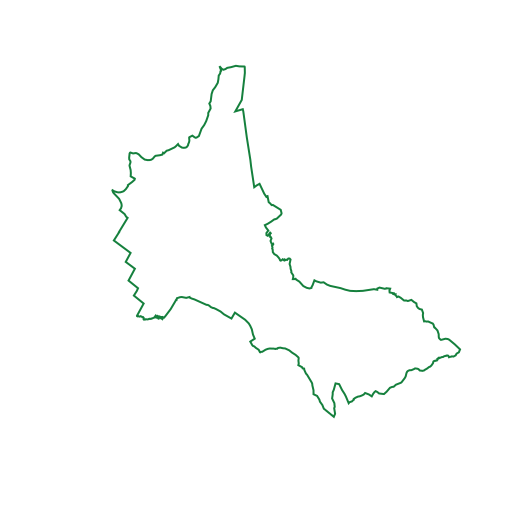 Tibucani, Neamt, Romania, rotated 241°
{"feature_id": "2599482B37901869197091", "entity_name": "Tibucani", "entity_type": "district", "adm_level": 2, "iso_a3": "ROU", "parent_name": "Romania", "parent_adm1": "Neamt", "projection": "equal_earth", "projection_center": [26.549, 47.112], "detail": "fine", "context": "isolated", "style": "outline", "palette": "green", "viewbox_px": 512, "rotation_deg": 241, "n_neighbors": 0, "source": "geoboundaries", "source_scale": "gbopen_adm2", "svg_char_len": 6063}
<svg xmlns="http://www.w3.org/2000/svg" viewBox="0 0 512 512"><g transform="rotate(241 256 256)"><path d="M364.3,305.5L388.4,314.9L390.8,315.6L392.5,308.0L399.4,319.2L418.5,332.9L421.5,335.0L426.8,337.8L427.3,337.8L429.9,333.4L432.1,330.6L433.3,325.6L434.5,322.1L434.3,319.9L434.7,317.8L436.3,316.8L439.7,316.1L435.3,315.5L434.9,314.7L434.6,314.8L434.2,314.1L433.0,313.1L431.9,310.9L428.8,308.8L426.0,306.5L423.4,302.1L421.9,298.6L419.2,295.7L413.3,291.4L412.0,289.1L409.3,288.8L407.0,287.8L404.3,283.6L402.3,282.5L398.1,277.8L395.6,274.1L393.8,270.2L388.6,264.2L388.4,261.5L388.6,260.6L389.5,259.9L392.1,258.7L392.2,255.3L391.9,254.9L389.1,253.6L387.8,252.4L386.6,250.8L386.0,250.5L385.1,248.9L384.9,247.9L384.9,247.1L385.6,245.3L386.7,243.8L389.7,242.1L391.7,242.1L390.8,239.1L390.5,237.4L390.9,230.9L391.4,228.9L390.4,225.3L391.4,224.8L390.1,223.2L390.7,220.9L392.3,216.8L392.2,215.7L391.1,212.8L391.0,211.1L391.4,209.6L392.4,207.7L394.3,205.4L398.0,203.7L401.8,202.7L403.8,201.4L404.4,200.6L405.3,198.2L407.4,196.3L407.4,195.9L407.0,195.2L403.6,192.8L402.0,192.0L399.7,192.1L398.6,191.5L396.7,189.4L396.1,189.1L391.9,188.0L389.3,186.8L386.4,185.0L382.4,187.5L381.5,186.7L380.8,183.6L380.1,178.3L379.2,177.9L377.6,174.6L376.9,172.0L376.9,170.7L377.5,168.1L378.4,166.4L379.2,165.4L381.3,163.4L383.1,162.4L383.0,162.2L381.0,161.9L380.0,162.0L372.4,164.0L367.8,163.8L366.5,163.5L364.9,162.8L363.2,161.1L362.2,159.0L356.4,161.4L353.2,161.5L351.6,162.2L343.4,147.8L343.2,147.9L342.3,146.2L338.5,139.2L319.5,147.8L314.0,139.2L303.6,143.9L296.3,132.6L285.0,137.2L283.2,134.8L280.6,130.0L268.9,134.7L261.4,122.9L261.1,122.8L260.6,123.1L260.3,124.1L260.0,124.2L259.3,125.0L259.3,125.9L258.1,126.8L257.5,126.9L257.3,127.6L256.3,127.8L255.8,127.6L255.1,127.0L254.7,127.1L254.1,128.3L254.2,128.8L253.0,130.6L252.8,132.3L252.3,132.7L252.2,133.4L251.9,133.7L252.0,134.3L251.7,134.9L251.6,136.7L251.3,137.5L251.9,138.0L252.5,139.4L251.7,139.5L250.5,139.0L250.0,139.4L249.9,139.7L250.4,139.7L251.3,140.6L251.4,140.8L251.0,141.1L250.2,141.0L249.2,140.2L248.5,140.3L248.4,140.6L249.8,141.8L249.9,142.3L249.0,143.0L248.1,142.5L247.6,142.7L248.4,143.4L248.4,143.9L248.0,144.7L247.7,144.7L247.1,144.1L246.5,144.0L247.1,145.1L247.0,145.6L246.7,145.8L247.4,147.7L250.9,155.6L256.0,164.3L256.5,164.7L257.1,164.6L256.2,165.3L257.4,166.4L256.8,169.6L256.1,171.2L253.2,174.7L252.4,177.8L252.1,177.6L250.0,179.1L247.9,181.1L237.3,189.0L236.6,190.1L235.4,190.9L233.1,191.8L231.3,193.2L231.0,193.8L229.0,195.3L224.6,198.1L220.5,199.7L213.2,204.2L216.7,210.1L205.5,215.6L200.5,217.0L197.8,217.1L193.9,216.8L188.8,215.3L184.3,214.8L183.9,209.5L179.8,209.5L178.9,209.7L177.7,210.7L175.8,211.3L172.7,212.9L169.9,212.8L169.7,213.0L169.9,213.5L169.2,215.0L169.4,218.9L169.1,221.1L168.5,223.0L166.4,226.6L165.2,228.0L165.2,228.7L164.6,229.5L164.9,230.7L164.1,232.8L162.2,234.9L161.0,236.7L157.4,239.3L154.0,240.7L150.3,242.7L146.9,243.9L146.1,243.9L143.8,242.3L141.3,241.3L140.0,240.1L136.4,242.4L135.1,242.3L134.2,243.5L132.8,243.0L128.9,242.7L127.4,243.1L118.2,243.4L116.9,243.2L115.6,242.6L110.7,241.2L107.2,239.3L104.0,241.6L99.7,241.8L97.6,241.3L93.5,241.8L89.6,241.3L77.6,246.1L79.7,248.7L85.0,250.6L85.9,251.7L89.3,253.2L94.5,253.5L97.8,256.0L99.6,257.0L101.3,259.2L106.0,263.8L103.6,266.6L97.1,266.3L92.6,266.6L89.5,266.5L82.3,265.7L82.8,266.9L82.3,269.4L82.8,271.0L82.9,271.9L83.6,272.2L83.8,274.4L83.6,277.0L83.0,278.7L82.7,280.7L82.6,283.0L83.3,285.0L80.2,287.6L77.1,289.2L78.7,291.7L79.6,293.8L79.8,295.1L78.2,296.2L76.1,297.0L73.2,301.0L74.0,304.5L75.8,309.3L75.5,311.6L74.9,313.0L75.6,316.0L74.9,321.2L75.0,322.1L77.1,326.9L78.1,328.5L80.7,330.9L81.6,332.2L81.8,333.1L81.7,334.8L80.8,336.6L80.5,339.5L80.6,340.4L80.4,340.9L79.0,342.7L78.2,343.3L76.5,343.7L74.8,346.0L74.4,347.7L74.6,348.6L74.6,350.9L75.0,353.6L74.8,354.7L75.2,356.3L76.4,358.8L77.7,360.0L77.8,361.0L77.3,362.1L77.5,362.3L76.9,363.5L77.3,364.5L77.6,364.8L78.0,364.7L78.1,365.4L78.4,366.1L78.4,366.6L77.8,366.6L77.5,369.5L77.0,370.6L77.1,371.8L76.8,373.3L76.5,373.7L76.6,374.3L76.0,375.5L75.5,375.8L73.9,375.7L73.8,376.6L73.3,378.0L73.3,378.6L72.3,380.0L72.3,382.5L73.1,383.6L73.4,384.5L73.4,386.7L75.4,389.2L82.4,387.0L89.1,384.4L90.4,383.5L91.8,381.6L92.8,377.6L93.2,376.9L94.8,376.4L95.6,376.3L96.6,376.6L99.1,377.9L102.9,378.6L106.7,377.7L106.8,377.4L107.3,377.3L109.9,378.0L111.4,377.8L111.9,377.3L115.3,374.8L115.9,373.4L116.8,372.5L117.3,371.3L121.5,372.4L123.5,373.3L125.1,374.5L128.7,375.1L130.4,373.3L132.2,372.5L134.2,372.3L136.8,373.3L139.1,371.9L142.3,370.6L143.0,367.0L144.5,365.6L144.6,365.0L145.3,363.9L149.3,362.3L151.5,361.0L151.7,359.4L152.5,359.5L153.8,359.0L154.8,359.5L154.9,358.8L155.8,358.0L155.9,358.6L156.4,358.7L159.3,355.2L161.0,355.9L162.4,357.5L164.6,354.4L164.4,354.1L164.9,352.7L168.5,348.7L168.7,346.3L167.7,345.7L169.8,343.1L173.7,332.6L176.7,326.6L179.9,321.4L183.3,317.7L186.9,314.4L193.9,306.4L196.6,304.2L200.2,302.4L201.3,299.7L204.7,296.4L206.4,295.3L202.9,291.2L202.1,289.8L201.2,289.0L201.7,287.0L203.6,284.9L206.8,282.8L212.6,281.5L215.9,279.7L216.9,279.6L217.2,278.3L217.9,277.0L219.5,278.4L221.0,279.2L224.6,278.9L225.6,279.6L228.1,280.1L229.8,280.9L232.7,281.5L236.2,284.5L237.4,284.2L237.9,283.6L238.1,283.0L237.5,281.4L237.9,281.1L238.0,280.3L238.3,280.1L238.2,279.1L239.1,279.1L238.9,278.3L240.2,277.8L239.8,276.1L240.1,275.7L240.1,275.2L240.5,275.0L242.2,275.2L244.2,274.9L246.3,274.4L248.8,272.9L251.2,272.6L253.8,273.8L254.6,273.7L255.5,274.6L257.2,274.9L257.5,276.1L258.0,276.9L258.5,276.9L258.4,276.2L259.0,275.6L262.1,276.0L263.9,278.1L265.3,278.1L265.4,277.7L265.7,277.6L266.1,277.9L266.9,277.9L268.0,278.4L268.5,279.2L268.7,279.9L269.0,279.9L269.6,279.7L267.9,276.1L269.2,275.3L271.0,276.2L272.3,279.1L276.2,278.5L278.7,278.7L278.5,281.7L278.7,285.9L279.2,289.9L278.9,290.3L278.6,292.3L280.1,298.1L281.0,299.1L284.4,300.0L292.5,295.5L292.8,294.5L293.2,294.3L295.1,293.9L296.9,293.2L302.8,295.1L303.0,294.2L301.7,293.8L306.5,293.4L317.4,294.1L317.4,290.7L317.0,287.8L336.6,295.1L342.9,297.7L364.3,305.5Z" fill="none" stroke="#15803d" stroke-width="2"/></g></svg>